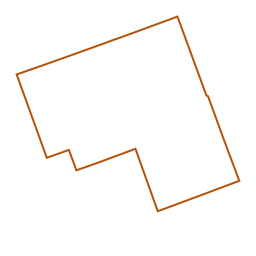 the district of Cass, Indiana, United States of America, rotated 340°
{"feature_id": "52423323B33469895135011", "entity_name": "Cass", "entity_type": "district", "adm_level": 2, "iso_a3": "USA", "parent_name": "United States of America", "parent_adm1": "Indiana", "projection": "robinson", "projection_center": [-86.374, 40.736], "detail": "fine", "context": "isolated", "style": "outline", "palette": "amber", "viewbox_px": 256, "rotation_deg": 340, "n_neighbors": 0, "source": "geoboundaries", "source_scale": "gbopen_adm2", "svg_char_len": 379}
<svg xmlns="http://www.w3.org/2000/svg" viewBox="0 0 256 256"><g transform="rotate(340 128 128)"><path d="M41.7,39.6L41.5,128.2L65.0,128.4L65.0,137.6L65.0,150.1L88.7,150.3L127.9,150.1L127.5,216.4L174.5,216.1L214.5,215.7L214.1,171.8L214.1,125.6L212.8,124.3L212.6,40.2L150.5,40.4L145.2,40.2L135.2,40.3L88.5,40.1L41.7,39.6Z" fill="none" stroke="#b45309" stroke-width="2"/></g></svg>